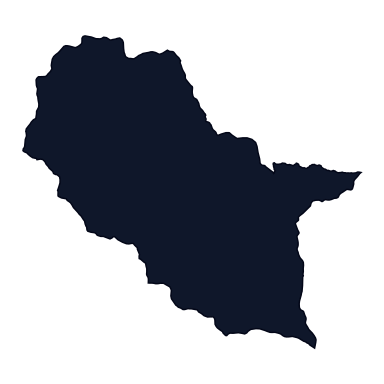 the district of Sama, Ha, Bhutan
{"feature_id": "84629894B76419626659945", "entity_name": "Sama", "entity_type": "district", "adm_level": 2, "iso_a3": "BTN", "parent_name": "Bhutan", "parent_adm1": "Ha", "projection": "natural_earth1", "projection_center": [89.274, 27.297], "detail": "fine", "context": "isolated", "style": "filled", "palette": "ink", "viewbox_px": 384, "rotation_deg": 0, "n_neighbors": 0, "source": "geoboundaries", "source_scale": "gbopen_adm2", "svg_char_len": 5913}
<svg xmlns="http://www.w3.org/2000/svg" viewBox="0 0 384 384"><path d="M23.0,150.7L24.3,151.8L26.8,152.8L28.2,154.3L30.3,156.1L32.7,157.7L36.5,158.5L37.0,159.7L40.2,159.1L41.7,159.3L43.0,159.7L45.0,161.8L46.2,164.3L48.3,166.6L49.2,168.2L52.8,171.4L53.6,173.5L55.6,174.5L57.1,174.7L59.2,176.5L59.6,176.9L60.1,179.7L60.0,183.0L58.9,186.7L57.6,190.5L58.1,191.5L58.0,195.4L58.3,196.3L61.4,197.9L66.2,198.8L67.3,200.5L68.5,201.2L70.5,202.7L72.0,204.9L73.5,207.6L78.0,212.5L79.2,214.2L81.2,216.1L83.3,219.4L84.6,221.1L85.2,224.0L86.0,226.1L86.7,227.2L87.0,230.0L87.8,231.2L90.9,232.2L94.5,232.7L95.9,233.4L96.9,234.9L97.9,235.5L100.8,236.4L103.4,236.4L110.0,238.9L112.0,237.9L113.2,236.7L114.7,236.7L117.9,239.7L122.5,242.2L126.4,243.7L128.9,243.9L131.4,243.4L133.3,243.4L134.5,245.0L136.3,246.8L137.3,247.6L137.4,249.2L139.5,254.4L139.1,256.1L139.2,258.6L140.6,259.2L143.8,262.0L145.6,263.2L146.1,266.1L146.8,268.7L146.8,271.9L146.6,274.1L146.9,275.3L148.2,277.6L148.4,279.4L148.3,283.0L152.9,283.1L155.9,283.7L158.4,283.6L160.3,283.2L163.7,283.3L166.0,284.7L169.8,286.8L170.8,288.6L171.4,290.5L170.9,295.9L171.5,298.8L175.8,305.1L177.1,306.0L178.3,307.2L180.6,308.0L183.0,309.5L184.7,309.5L188.0,308.6L189.7,308.8L191.4,308.8L195.9,309.6L197.3,309.9L198.6,311.9L201.4,313.5L204.1,315.7L207.6,317.0L208.8,316.9L213.1,316.8L214.1,317.7L214.9,319.7L215.1,324.3L216.2,326.4L217.4,327.9L219.7,329.7L222.6,331.7L223.0,332.9L224.8,334.8L225.9,335.6L226.7,335.6L228.2,334.0L229.9,333.1L233.2,333.2L238.4,332.7L242.1,333.3L244.7,333.9L246.7,332.9L248.0,331.3L250.7,329.4L256.0,328.6L259.8,328.8L264.8,330.4L267.6,331.5L270.0,332.3L271.7,332.4L275.0,332.3L278.6,333.2L280.6,333.9L283.1,335.8L284.7,336.6L286.7,336.9L289.0,336.8L292.4,336.4L296.9,337.5L298.6,338.1L303.7,341.2L305.6,341.8L306.8,342.8L308.7,343.6L309.7,344.9L314.6,348.1L315.7,342.5L316.0,339.9L315.5,338.0L314.1,335.6L312.3,333.1L309.4,330.1L308.7,329.3L307.8,327.5L305.7,324.1L305.4,322.9L305.4,322.1L306.0,319.5L306.0,318.4L305.8,317.4L304.8,315.3L303.6,311.7L303.1,311.1L301.1,310.1L300.4,309.4L299.5,307.9L299.3,306.7L299.2,304.8L299.2,303.2L299.5,301.0L301.1,295.2L301.5,293.0L302.0,291.5L302.5,285.6L302.7,277.0L303.3,275.8L302.9,274.4L303.3,271.5L303.2,268.7L303.5,265.3L303.3,262.3L302.4,260.5L300.2,258.0L299.4,256.5L298.4,254.1L298.3,253.2L297.8,251.6L297.3,250.5L297.1,249.6L297.1,248.3L297.8,246.5L298.1,245.1L298.1,242.8L297.9,241.3L297.0,237.2L297.0,236.2L297.3,235.5L298.6,233.8L299.0,233.0L298.9,232.3L297.6,229.8L295.7,224.7L295.4,223.6L295.5,223.0L296.0,222.3L298.2,220.5L298.5,220.0L298.4,217.2L298.7,216.7L299.6,215.8L302.9,213.3L310.4,205.9L310.9,203.7L311.1,203.1L311.5,202.4L312.7,201.0L315.8,200.2L318.8,200.1L320.1,200.5L321.8,201.5L322.6,201.4L324.0,200.2L325.3,199.6L328.0,200.0L329.3,200.0L331.3,199.5L334.2,198.3L336.4,198.1L337.8,197.5L338.4,196.8L339.1,195.1L339.8,194.2L341.2,193.0L342.9,192.0L346.2,189.7L346.9,189.4L347.7,189.4L350.8,189.9L351.7,189.5L352.4,188.8L352.9,187.2L353.7,184.0L353.6,182.2L353.9,180.8L354.2,180.3L354.9,179.3L357.5,176.5L359.7,173.6L361.0,172.5L359.0,172.1L357.5,172.1L355.8,172.9L353.5,173.1L352.8,173.3L351.8,172.9L349.0,173.1L348.1,172.9L346.7,173.1L345.6,172.8L343.6,172.7L342.3,172.2L340.3,172.6L339.6,172.6L338.3,172.8L336.5,172.2L335.2,171.1L333.2,170.5L332.3,171.0L330.4,171.2L328.6,170.4L327.6,170.4L326.7,170.2L325.6,169.3L323.9,168.9L321.6,167.3L321.1,165.9L320.0,165.3L319.0,165.0L317.9,165.6L315.5,165.2L314.7,164.5L312.1,164.6L311.2,165.4L310.0,165.7L309.3,166.5L309.1,167.2L307.9,167.5L307.1,168.3L305.7,168.4L304.1,167.7L302.9,168.0L299.5,166.3L299.1,165.9L298.5,164.2L296.9,163.3L296.3,163.2L295.7,164.1L294.6,164.6L293.1,165.8L291.9,165.2L289.3,164.5L288.0,164.9L286.3,164.4L285.1,163.4L282.3,163.1L280.9,163.9L278.2,164.3L276.4,164.2L275.6,164.0L274.3,162.8L273.4,163.1L273.2,163.7L273.2,164.3L273.5,165.4L273.6,166.8L274.0,167.7L274.2,169.5L275.3,171.0L274.2,172.1L274.2,173.0L273.7,173.5L272.7,172.1L266.0,167.0L264.7,165.6L261.6,165.1L260.1,163.3L259.6,158.9L258.0,152.5L257.0,146.4L255.6,142.5L251.9,139.4L247.2,137.9L242.6,137.9L237.1,138.5L235.5,137.5L232.0,135.1L229.4,132.8L228.8,132.7L225.9,132.7L221.2,134.1L217.9,135.4L217.1,134.9L216.7,134.3L216.3,133.7L216.2,133.1L215.8,132.3L215.3,131.7L212.9,129.6L212.1,128.1L211.0,124.9L210.1,123.9L209.7,123.1L209.2,122.6L208.2,122.1L205.9,121.5L205.7,120.8L206.0,119.5L206.0,118.8L205.1,116.9L205.3,116.1L205.7,115.3L205.3,114.1L204.5,113.4L202.5,110.4L200.3,108.2L199.8,107.4L199.3,106.0L198.7,103.3L197.1,100.2L196.6,99.4L194.0,97.9L193.4,97.1L192.9,96.1L192.3,93.3L192.2,91.5L192.5,87.8L192.3,86.8L192.0,86.4L191.0,85.7L189.9,84.5L185.6,79.1L185.2,77.3L185.3,75.7L185.1,74.7L184.6,73.5L182.9,70.5L182.1,68.7L181.1,65.5L180.2,63.1L180.1,62.4L180.3,61.4L180.6,60.9L178.8,57.8L176.4,55.6L174.0,52.5L173.3,51.9L172.5,51.6L169.5,51.4L167.4,50.2L163.0,53.0L161.6,53.6L159.9,54.2L158.9,54.2L155.7,52.6L153.5,52.0L152.3,51.8L150.6,51.9L148.9,52.4L142.9,53.5L141.0,54.6L138.8,55.5L136.9,57.0L134.4,58.6L133.2,58.9L130.8,58.5L128.7,58.5L126.0,57.0L125.3,56.0L124.7,53.9L124.1,52.5L123.6,48.6L123.3,42.6L122.8,41.1L122.1,39.8L119.8,38.0L117.1,38.5L115.5,39.1L112.5,39.6L110.9,40.1L109.9,39.9L106.5,37.7L104.1,37.3L103.5,37.3L101.6,38.5L99.9,38.9L95.9,38.7L91.5,37.1L85.0,35.9L83.1,36.5L82.0,38.2L82.0,41.0L81.9,42.8L81.4,43.9L79.6,45.4L78.0,46.5L75.7,47.6L74.6,47.5L69.4,46.1L67.5,45.8L65.8,45.7L63.9,46.4L60.0,50.9L58.2,52.8L55.7,54.7L53.7,56.6L52.3,59.2L51.5,63.9L51.3,65.6L51.8,68.0L51.9,68.9L50.5,71.4L47.8,74.2L46.9,75.5L45.9,76.3L44.5,76.6L38.4,76.8L36.8,78.4L36.1,79.9L36.4,85.2L36.8,86.8L37.5,88.3L37.5,89.6L36.9,93.8L37.2,95.4L37.9,96.9L37.9,97.8L38.2,100.3L38.9,104.0L38.7,107.2L36.6,111.2L36.5,114.1L35.8,118.5L33.4,119.8L31.3,122.1L30.0,124.2L28.5,126.0L26.3,128.9L25.8,131.5L26.1,132.3L26.4,134.4L26.5,136.1L25.3,139.5L24.7,146.3L24.1,147.8L23.3,148.8L23.0,150.7Z" fill="#0f172a" stroke="#020617" stroke-width="1.5"/></svg>